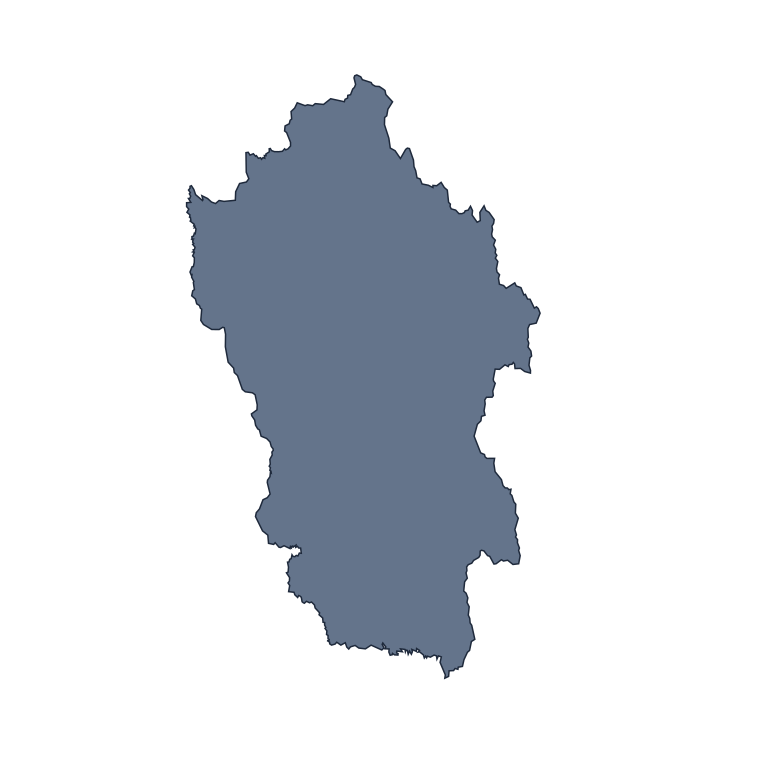 the district of Tha Sae, Chumphon, Thailand, rotated 156°
{"feature_id": "78962969B56380938562562", "entity_name": "Tha Sae", "entity_type": "district", "adm_level": 2, "iso_a3": "THA", "parent_name": "Thailand", "parent_adm1": "Chumphon", "projection": "equal_earth", "projection_center": [99.144, 10.785], "detail": "fine", "context": "isolated", "style": "filled", "palette": "slate", "viewbox_px": 768, "rotation_deg": 156, "n_neighbors": 0, "source": "geoboundaries", "source_scale": "gbopen_adm2", "svg_char_len": 6160}
<svg xmlns="http://www.w3.org/2000/svg" viewBox="0 0 768 768"><g transform="rotate(156 384 384)"><path d="M448.1,90.5L443.9,90.6L441.2,95.5L437.0,93.9L434.8,95.2L432.5,93.3L431.4,95.1L427.2,94.1L423.1,99.6L416.9,105.0L414.2,105.8L408.9,113.2L404.9,113.8L402.0,127.9L402.5,130.7L401.0,135.0L401.0,138.6L396.8,145.8L397.0,150.8L394.4,154.5L394.1,159.5L395.4,162.4L390.8,170.5L386.9,172.7L385.9,178.1L384.2,179.7L382.9,183.3L380.5,184.7L376.7,184.6L373.9,186.4L368.0,187.0L365.9,188.5L364.1,192.2L362.6,192.5L360.6,190.9L359.2,185.1L357.5,183.6L356.8,174.8L354.7,174.2L348.2,175.7L346.9,173.7L342.7,172.7L339.6,166.7L334.1,165.0L329.4,171.8L328.7,177.2L327.0,179.1L326.7,184.7L325.3,187.5L326.1,190.7L324.4,192.2L323.7,197.7L315.9,206.8L316.5,212.6L312.5,220.6L313.3,223.5L312.5,230.2L313.4,232.3L310.8,236.2L312.9,236.7L313.6,238.8L315.6,239.8L316.6,242.8L315.6,248.9L318.2,258.7L315.9,267.0L313.2,271.1L320.3,274.2L321.3,276.3L320.9,278.7L323.7,281.8L322.9,299.7L315.1,309.2L310.4,311.0L308.1,314.8L304.4,314.4L303.5,318.8L299.7,324.6L298.5,328.4L295.8,330.2L290.6,328.0L288.9,328.9L287.5,333.3L282.1,339.4L282.7,342.0L282.2,344.0L276.4,352.4L272.5,350.4L265.7,352.3L263.4,349.4L261.8,350.8L259.0,350.0L257.1,351.1L256.6,349.3L258.0,344.8L252.9,342.7L250.4,338.2L245.8,334.4L244.6,336.9L243.9,342.2L240.1,348.6L237.8,349.5L236.4,354.3L237.4,359.2L235.1,362.5L234.8,366.6L233.2,368.0L230.0,376.2L226.8,379.1L220.2,377.7L212.6,385.2L212.4,390.2L213.3,392.5L215.8,392.2L216.1,402.0L218.3,403.2L218.4,408.4L220.0,408.5L219.7,416.3L223.3,419.8L223.4,423.2L233.5,421.7L234.7,425.3L238.0,428.2L236.4,434.1L234.0,436.8L235.2,440.4L234.3,443.8L230.2,449.6L231.1,453.7L228.6,455.6L229.1,458.5L227.1,461.6L227.4,466.4L223.8,470.1L225.3,474.4L224.7,477.2L222.1,480.8L221.2,484.3L218.5,486.2L216.5,489.4L218.2,498.0L220.3,501.2L220.1,506.1L226.6,501.8L229.6,494.1L233.1,493.9L234.8,502.5L232.6,506.4L232.7,511.2L236.4,508.6L239.4,509.2L240.9,507.9L243.5,507.9L246.3,509.2L247.8,513.7L251.4,516.7L251.4,519.5L250.2,521.3L251.1,523.7L247.3,535.4L249.0,539.0L249.8,545.0L255.2,543.7L258.5,545.5L259.4,543.6L262.6,547.5L267.9,551.3L267.6,556.7L270.0,558.9L268.3,565.9L268.2,570.3L266.0,576.6L265.0,588.7L266.7,590.0L268.8,589.5L277.3,583.3L279.0,592.6L282.3,597.0L279.6,606.6L278.1,620.7L275.0,627.2L272.4,627.9L268.7,633.4L261.4,638.3L264.6,647.7L263.7,651.7L264.7,653.6L267.3,657.7L270.8,659.5L272.9,662.4L273.1,664.6L280.0,670.8L280.3,674.1L283.1,677.4L285.4,677.5L286.9,675.9L288.1,669.2L290.4,667.0L292.6,666.2L296.9,661.9L299.7,662.4L301.0,660.0L303.8,659.9L305.4,658.0L316.7,666.3L325.5,664.0L332.8,668.1L335.9,667.2L340.2,670.1L342.9,670.4L348.9,676.2L353.4,672.4L358.1,670.7L360.6,663.6L362.5,663.1L364.7,660.3L369.4,660.0L371.9,655.6L370.7,653.3L371.1,642.8L372.6,639.4L376.2,637.8L378.6,637.9L379.1,639.3L382.2,637.9L385.9,639.1L389.7,640.9L391.8,643.0L392.1,645.4L393.2,645.6L394.3,642.8L398.4,642.1L398.9,640.6L400.4,641.4L401.1,638.7L402.5,640.0L404.5,639.1L404.7,640.9L407.0,641.3L407.7,644.5L408.7,644.3L409.7,647.5L413.3,647.6L413.8,650.9L416.0,651.5L423.7,633.5L424.0,626.5L427.5,624.5L434.4,625.9L441.3,620.0L445.1,612.3L455.9,615.9L460.0,618.7L464.5,617.4L467.6,620.4L469.7,625.2L473.8,630.1L474.4,626.0L475.2,625.4L479.1,633.6L478.6,639.1L479.3,643.5L480.8,643.5L481.6,641.7L483.7,640.7L483.1,637.5L484.5,636.9L484.2,634.3L486.0,632.5L487.2,633.0L486.6,628.5L490.6,629.9L492.2,626.3L491.2,623.2L494.2,621.0L492.5,617.4L493.8,615.5L493.1,615.0L493.9,612.0L494.8,611.7L492.4,607.1L493.6,605.8L492.5,605.0L493.7,603.9L492.9,603.8L492.7,602.1L495.3,598.1L495.9,598.9L497.9,596.6L499.5,596.8L500.3,594.9L499.5,594.2L500.7,594.3L500.0,593.0L501.1,591.4L500.7,589.7L502.0,589.4L501.0,585.8L502.6,583.9L503.7,584.2L503.8,582.5L505.0,582.4L503.8,581.4L506.7,578.9L505.9,576.5L507.9,572.2L510.4,568.8L511.6,569.2L515.7,565.2L515.8,562.0L515.0,562.0L516.3,559.9L516.0,555.0L516.9,554.3L518.8,547.4L520.8,546.9L523.8,542.8L521.7,538.4L522.5,533.4L520.7,530.8L520.9,527.9L520.1,526.5L525.5,516.6L524.7,511.8L519.2,503.9L512.4,500.8L508.3,501.4L507.0,500.4L508.5,493.9L513.8,482.5L517.5,467.3L514.9,459.7L516.1,455.4L514.4,451.3L515.6,436.7L513.9,433.3L507.8,429.5L506.1,426.6L508.3,416.5L510.6,412.0L517.3,410.6L517.7,408.7L516.8,403.7L518.1,398.5L517.6,394.3L516.5,392.8L517.5,386.3L513.4,382.0L511.7,377.4L512.4,372.7L511.7,369.9L512.2,368.4L514.1,367.4L515.0,364.6L518.9,361.6L520.5,357.0L522.3,355.6L521.8,353.7L523.4,351.6L522.7,350.4L523.2,348.6L523.7,349.5L525.9,345.7L529.5,343.5L530.7,341.5L532.8,329.8L536.9,327.6L541.6,327.5L548.6,320.5L553.0,318.4L555.3,315.2L554.7,299.2L551.6,293.2L554.3,285.4L550.0,282.3L548.0,283.3L546.3,277.6L545.0,276.7L541.1,276.9L536.8,271.9L536.2,272.9L535.5,272.0L535.2,273.6L533.8,272.3L533.3,273.7L533.1,272.0L529.9,272.6L531.0,270.7L529.1,270.9L528.6,268.8L526.9,268.0L528.4,263.0L530.1,264.0L532.6,261.9L533.9,263.1L535.7,262.5L537.2,263.5L537.5,265.4L539.8,262.2L541.4,262.2L543.2,260.1L544.6,260.5L545.7,255.6L548.1,251.2L549.9,251.2L549.0,245.5L550.6,242.4L552.6,241.3L552.1,238.3L555.6,233.1L550.9,230.3L551.2,227.7L549.7,224.1L548.0,225.5L547.1,224.6L546.3,222.8L547.4,218.4L546.7,217.0L545.9,216.1L543.2,217.0L541.0,214.4L538.9,214.3L537.4,210.5L538.0,207.4L535.9,201.1L537.2,199.6L535.2,195.2L536.6,191.1L535.2,190.2L536.3,188.0L536.2,185.2L537.3,184.7L536.6,181.7L538.4,178.5L537.4,177.1L538.7,174.1L538.0,172.9L538.9,171.8L540.3,172.8L538.7,170.3L539.3,168.7L538.1,166.8L534.4,166.3L532.2,167.3L529.6,163.0L524.6,163.4L525.0,158.8L524.0,156.2L521.5,157.5L516.7,156.9L514.4,153.0L508.7,149.6L502.0,150.7L494.2,141.9L491.4,142.8L491.6,146.9L490.4,147.9L489.3,143.0L490.7,141.6L487.1,139.9L488.6,137.1L488.7,133.7L486.6,133.3L485.8,134.4L484.6,132.3L481.5,130.7L480.8,132.0L481.9,133.2L480.9,134.8L476.1,131.9L476.6,135.3L472.8,133.0L473.4,130.6L472.1,131.9L471.0,131.1L471.8,127.3L469.3,129.6L468.9,126.0L466.9,127.9L466.5,130.2L463.2,126.6L461.8,129.1L459.9,126.2L461.8,125.2L460.5,124.9L458.2,120.5L458.6,117.3L456.6,118.5L456.4,116.5L455.1,117.7L452.7,115.6L448.5,116.0L446.6,114.3L447.5,111.2L444.9,113.5L442.6,111.4L446.0,106.9L446.3,93.3L448.1,90.5Z" fill="#64748b" stroke="#1e293b" stroke-width="1.5"/></g></svg>